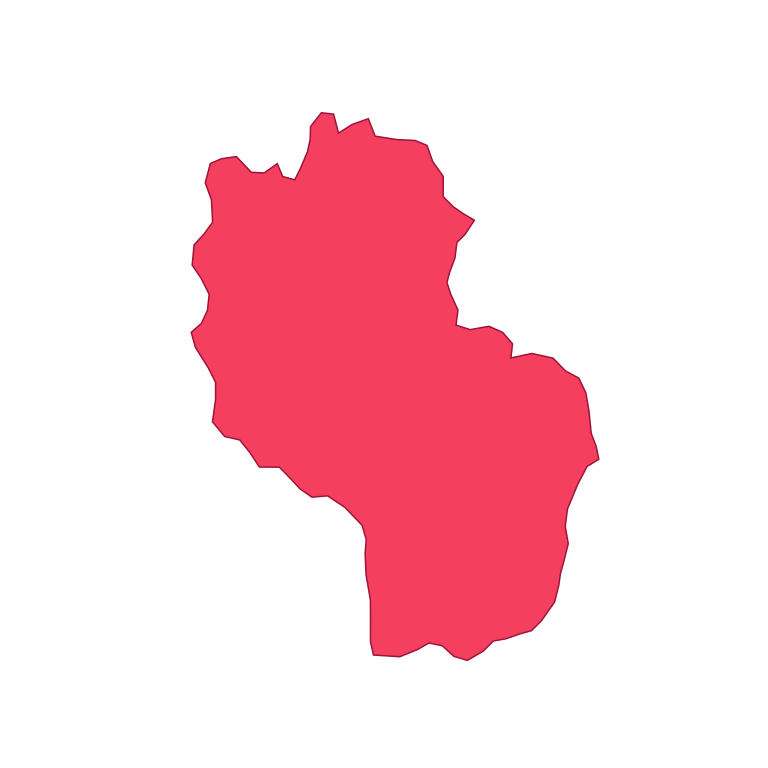 Braço do Trombudo, Santa Catarina, Brazil (Robinson projection), rotated 135°
{"feature_id": "56859067B6588865534852", "entity_name": "Braço do Trombudo", "entity_type": "district", "adm_level": 2, "iso_a3": "BRA", "parent_name": "Brazil", "parent_adm1": "Santa Catarina", "projection": "robinson", "projection_center": [-49.906, -27.37], "detail": "fine", "context": "isolated", "style": "filled", "palette": "rose", "viewbox_px": 768, "rotation_deg": 135, "n_neighbors": 0, "source": "geoboundaries", "source_scale": "gbopen_adm2", "svg_char_len": 1431}
<svg xmlns="http://www.w3.org/2000/svg" viewBox="0 0 768 768"><g transform="rotate(135 384 384)"><path d="M530.8,413.4L516.8,399.1L517.0,383.5L517.5,369.2L515.0,354.9L503.0,344.8L498.9,324.4L499.4,299.7L506.4,286.8L517.5,277.2L531.5,261.9L546.5,240.7L562.1,225.0L575.7,211.5L583.1,199.8L565.7,180.0L548.3,172.6L535.4,169.1L527.9,157.7L527.2,142.1L520.5,129.6L502.4,124.9L488.3,124.9L478.1,117.7L464.8,111.3L454.1,105.3L439.7,105.3L417.5,109.2L402.5,118.2L393.7,124.9L382.6,131.2L366.6,140.8L356.6,155.1L342.6,165.9L318.1,176.0L298.7,182.1L285.3,178.9L278.1,189.8L272.4,202.5L257.9,220.3L247.5,235.1L242.1,250.2L246.4,265.0L246.2,282.8L257.9,301.1L275.8,312.7L264.7,321.5L263.6,336.6L269.0,350.6L284.6,361.5L291.4,374.7L279.4,384.0L273.5,399.9L267.7,411.3L257.9,416.9L244.6,423.0L232.4,432.5L220.8,432.5L204.3,435.9L207.5,448.1L209.7,460.3L209.7,474.6L195.3,488.9L192.3,506.7L184.9,522.3L189.8,534.2L202.3,548.0L215.0,565.5L207.5,582.7L223.1,590.1L238.7,593.6L228.8,610.5L236.5,620.1L253.9,618.0L263.2,609.2L274.0,602.3L291.0,595.4L302.7,591.5L308.9,602.3L303.7,615.3L319.5,618.0L328.1,627.5L327.6,649.2L339.6,658.2L350.9,662.7L368.1,652.7L375.8,636.2L390.8,619.6L404.8,617.4L420.0,616.6L435.6,603.7L438.5,588.3L444.2,571.1L456.6,561.0L470.0,556.0L483.8,556.8L491.5,543.2L496.7,520.2L501.9,504.3L514.1,492.1L532.0,478.6L533.8,459.5L525.6,446.5L527.2,431.2L530.8,413.4Z" fill="#f43f5e" stroke="#9f1239" stroke-width="1.5"/></g></svg>